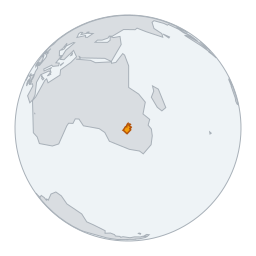 globe centered on North-West, rotated 313°
{"feature_id": "BWA-2629", "entity_name": "North-West", "entity_type": "District", "adm_level": 1, "iso_a3": "BWA", "parent_name": "Botswana", "parent_adm1": "", "projection": "orthographic", "projection_center": [23.629, -19.391], "detail": "fine", "context": "on_globe", "style": "filled", "palette": "amber", "viewbox_px": 256, "rotation_deg": 313, "n_neighbors": 0, "source": "natural_earth", "source_scale": "10m", "svg_char_len": 5397}
<svg xmlns="http://www.w3.org/2000/svg" viewBox="0 0 256 256"><g transform="rotate(313 128 128)"><circle cx="128" cy="128" r="113" fill="#eef3f6" stroke="#a8b0b8"/><path d="M17.6,105.8L17.7,105.4L17.3,107.1L17.4,111.0L19.5,110.5L20.0,114.2L19.5,117.5L20.7,117.0L20.8,118.9L27.2,116.7L32.0,118.9L32.9,125.5L30.8,135.1L33.6,152.8L31.2,161.8L33.7,169.1L37.3,181.3L35.4,183.0L39.2,186.8L40.8,190.8L40.5,192.6L43.2,196.0L43.1,197.2L45.1,198.5L49.1,204.3L52.8,207.0L56.8,211.4L59.2,212.8L59.2,213.3L60.3,214.5L61.7,215.6L59.8,215.4L54.6,211.8L51.8,209.1L51.7,209.4L45.3,202.7L46.7,204.5L38.9,195.9L33.3,187.7L22.2,166.2L20.9,162.9L20.8,162.5L18.5,154.6L16.9,146.6L15.8,138.4L15.4,130.3L15.5,122.1L16.2,113.9L17.6,105.8ZM64.4,216.3L60.7,215.9L62.1,215.9L59.7,213.3L62.9,214.2L64.4,216.3ZM58.7,209.5L57.9,207.5L58.7,207.7L59.5,209.2L58.7,209.5ZM133.1,15.5L140.9,16.2L139.7,16.2L135.4,15.8L139.5,16.6L139.1,16.3L141.3,16.6L142.2,16.4L143.9,16.7L142.0,16.2L144.1,16.5L145.2,16.8L147.5,17.1L155.6,18.8L163.5,21.1L171.2,24.0L178.7,27.4L185.9,31.4L192.8,35.9L199.4,40.9L205.6,46.3L211.3,52.2L216.7,58.5L221.5,65.2L225.9,72.2L229.7,79.5L232.9,87.1L233.0,87.3L235.2,93.5L237.8,102.7L238.0,103.7L238.2,106.7L237.7,104.2L234.5,94.9L235.7,101.8L238.2,110.9L239.1,119.5L238.0,115.0L236.8,107.3L235.6,103.8L234.7,97.5L231.3,86.9L230.1,86.7L229.0,83.0L224.2,73.8L221.7,73.5L218.5,79.1L220.1,88.4L218.1,91.5L210.8,75.6L207.2,66.5L204.8,66.2L197.0,57.6L184.4,53.9L182.4,51.6L180.1,52.0L174.6,49.1L171.4,45.7L168.2,45.4L176.6,54.6L180.0,55.1L182.6,52.6L184.3,55.8L189.5,59.7L184.4,66.1L165.3,70.4L163.1,63.5L147.0,45.6L147.3,44.0L147.2,43.8L147.0,43.4L145.8,46.1L142.9,43.1L151.9,54.4L153.6,59.7L165.1,70.8L164.1,71.8L167.7,74.4L178.8,73.4L179.0,75.8L173.9,86.1L158.1,100.8L160.1,112.7L158.7,123.0L148.5,129.4L149.1,138.0L143.8,140.8L143.2,145.8L138.8,151.1L131.5,156.3L119.5,156.8L119.0,152.1L113.3,143.5L105.6,123.4L108.9,114.1L107.9,107.4L99.2,93.9L101.1,86.0L98.7,83.2L93.8,84.6L91.0,81.3L88.0,81.7L69.1,88.2L63.3,85.0L56.2,73.8L59.5,67.7L60.0,62.0L82.9,39.5L87.9,39.3L106.2,34.7L108.5,35.0L106.5,38.7L120.3,42.2L124.6,39.0L136.9,41.5L145.0,41.8L147.6,35.3L134.3,34.6L131.9,31.6L142.4,29.5L154.0,30.9L153.4,29.8L145.9,26.9L148.4,25.5L143.3,25.9L145.5,27.0L142.3,27.4L140.1,26.5L141.1,25.9L137.6,25.3L133.9,28.6L135.7,30.1L126.5,30.8L128.6,33.5L126.2,34.8L121.7,30.9L122.0,29.4L113.7,26.2L112.5,27.7L120.3,31.0L117.9,30.8L116.4,33.4L115.7,31.3L107.5,27.8L99.1,29.9L88.7,37.5L83.8,39.1L79.5,39.0L83.1,32.6L93.8,29.8L95.2,28.0L92.8,26.4L96.3,25.9L96.6,25.1L100.6,24.3L106.1,21.8L110.1,21.1L112.1,19.2L114.4,18.7L112.6,19.9L113.5,20.6L123.5,19.9L125.4,19.4L125.8,18.3L128.5,18.5L127.7,17.6L133.4,17.4L125.8,17.0L126.1,16.3L129.5,15.9L128.2,15.7L122.8,16.5L121.9,16.9L123.3,17.3L119.5,19.1L116.1,19.7L114.9,18.0L109.9,18.8L111.1,17.6L125.0,15.4L128.2,15.4L133.1,15.5ZM75.3,49.1L74.7,50.7L75.3,49.1ZM166.5,36.5L173.3,38.0L169.7,33.8L172.0,34.2L169.9,32.7L169.4,33.5L164.2,29.9L166.9,29.6L165.8,28.2L163.5,27.6L159.4,28.9L166.7,33.9L165.4,35.0L166.5,36.5ZM17.7,105.2L17.6,105.9L17.4,106.5L17.7,105.2ZM94.6,22.5L96.0,22.5L94.6,23.5L89.5,25.2L91.5,23.7L94.6,22.5ZM98.4,22.4L98.5,20.7L101.7,19.9L99.9,20.6L102.0,20.2L99.6,21.3L102.5,22.4L101.4,23.4L92.6,25.5L96.1,24.2L94.5,24.1L98.4,22.4ZM99.9,18.9L99.3,19.1L94.2,20.6L93.1,20.9L99.9,18.9ZM111.0,33.5L112.8,33.5L115.5,33.2L114.6,34.9L111.0,33.5ZM105.3,31.1L106.9,30.8L106.9,32.7L105.1,32.9L105.3,31.1ZM107.7,29.0L107.0,30.6L106.3,29.8L107.7,29.0ZM114.0,19.6L115.7,19.3L115.9,19.6L115.0,20.1L114.0,19.6ZM145.4,36.2L143.1,37.3L141.8,36.7L142.9,36.4L145.4,36.2ZM128.1,35.6L132.1,36.4L127.8,36.1L128.1,35.6ZM180.9,190.3L181.0,192.4L179.5,192.1L180.9,190.3ZM177.1,123.7L168.7,141.7L163.6,141.1L163.1,135.3L166.4,124.1L172.5,121.7L175.5,117.2L177.1,123.7ZM239.4,144.8L239.1,138.9L238.7,135.3L239.1,134.0L239.8,138.1L239.4,144.8ZM239.0,133.8L238.0,125.3L234.4,106.1L235.7,107.9L239.0,121.4L238.9,122.7L239.5,128.8L239.0,133.8ZM240.4,136.0L240.4,133.4L240.3,131.2L240.3,124.2L240.3,121.7L240.5,123.0L240.5,121.7L240.4,136.0ZM220.6,89.5L222.9,96.3L221.7,96.5L220.6,89.5ZM220.1,192.9L219.9,191.4L221.1,188.5L223.2,185.8L229.1,174.6L229.0,175.4L232.1,168.7L233.2,168.2L229.5,176.8L225.1,185.0L220.1,192.9Z" fill="#d9dde1" stroke="#a8b0b8" stroke-width="1"/><path d="M131.1,124.9L131.0,125.0L131.0,125.3L131.2,125.5L131.3,125.6L131.4,125.8L131.5,125.9L131.5,126.0L131.7,126.3L131.8,126.4L131.9,126.5L132.0,126.5L132.1,126.9L132.3,127.1L132.3,127.3L130.5,127.2L130.5,129.2L130.8,129.3L130.8,129.8L129.6,130.0L129.4,130.0L129.4,129.9L129.2,129.8L129.2,129.7L128.9,129.6L128.7,129.7L128.7,129.8L128.5,131.2L123.2,131.2L123.1,130.7L123.1,130.2L123.1,129.9L123.1,129.7L123.1,129.2L123.1,128.7L123.1,128.3L123.1,128.0L123.1,127.8L123.1,127.6L123.1,127.3L123.1,127.2L123.1,126.9L123.1,126.7L123.1,126.4L123.1,126.2L123.0,125.9L123.4,125.9L123.5,125.9L123.8,125.9L124.0,125.9L124.3,125.8L124.6,125.8L124.7,125.7L124.9,125.7L125.1,125.7L125.4,125.6L125.5,125.6L125.8,125.5L126.0,125.5L126.2,125.4L126.3,125.4L126.5,125.4L126.8,125.3L127.0,125.3L127.3,125.3L127.5,125.4L127.5,125.5L127.8,125.7L127.8,125.8L127.9,126.0L128.0,126.2L128.3,125.9L128.5,125.8L128.5,125.7L128.8,125.5L128.9,125.4L129.0,125.3L129.3,125.3L129.3,125.2L129.5,125.2L129.5,125.3L129.8,125.4L129.9,125.2L130.0,125.1L130.3,124.9L130.5,124.9L130.8,124.9L131.1,124.9Z" fill="#f59e0b" stroke="#b45309" stroke-width="1.5"/></g></svg>